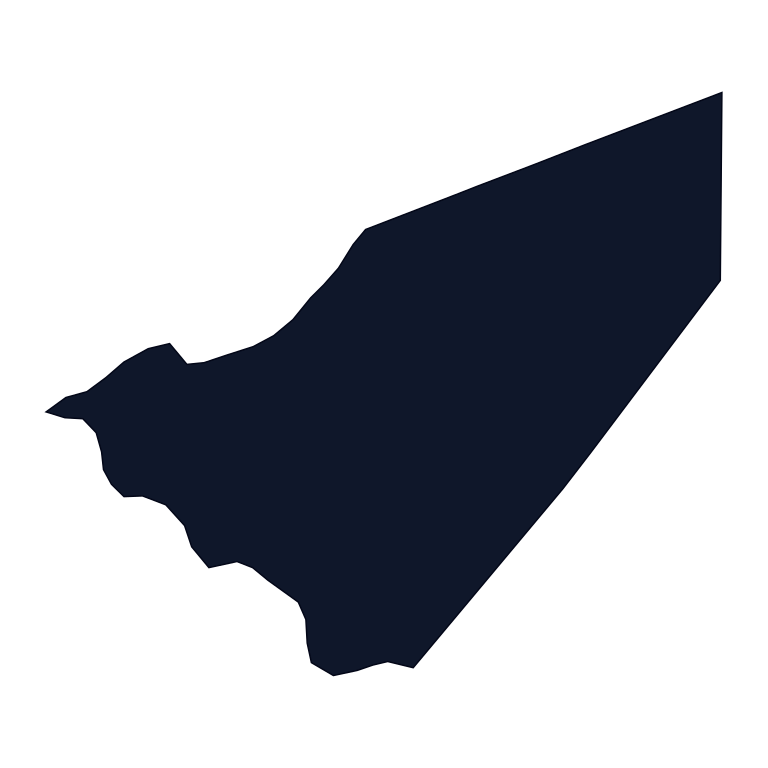 Piúma, Espírito Santo, Brazil, rotated 180°
{"feature_id": "56859067B20948512760895", "entity_name": "Piúma", "entity_type": "district", "adm_level": 2, "iso_a3": "BRA", "parent_name": "Brazil", "parent_adm1": "Espírito Santo", "projection": "mercator", "projection_center": [-40.744, -20.839], "detail": "fine", "context": "isolated", "style": "filled", "palette": "ink", "viewbox_px": 768, "rotation_deg": 180, "n_neighbors": 0, "source": "geoboundaries", "source_scale": "gbopen_adm2", "svg_char_len": 779}
<svg xmlns="http://www.w3.org/2000/svg" viewBox="0 0 768 768"><g transform="rotate(180 384 384)"><path d="M354.8,100.3L205.1,279.3L177.0,315.8L47.7,487.6L46.1,675.5L182.1,623.6L235.4,602.8L289.3,582.3L313.0,573.0L402.4,538.5L414.8,523.5L429.5,499.9L444.2,483.2L457.3,470.2L475.1,448.3L494.3,432.3L514.7,421.4L540.3,413.2L563.9,405.3L581.1,403.6L598.4,424.4L619.8,419.3L644.0,406.0L662.2,390.3L681.1,376.3L702.1,370.5L721.9,356.1L703.1,350.3L685.2,349.3L671.8,335.3L666.4,316.1L664.5,298.4L656.5,283.7L644.0,271.4L625.5,272.1L602.2,263.2L583.4,242.4L576.3,221.2L559.1,200.4L531.0,206.5L515.4,200.4L500.0,187.7L469.7,165.9L462.1,148.5L460.8,124.9L456.6,105.4L434.6,92.5L410.7,97.6L395.0,103.0L380.3,106.5L354.8,100.3Z" fill="#0f172a" stroke="#020617" stroke-width="1.5"/></g></svg>